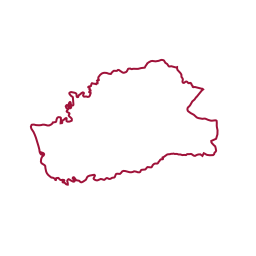 outline of Namacurra, Zambezia, Mozambique, rotated 113°
{"feature_id": "85939544B74893021327700", "entity_name": "Namacurra", "entity_type": "district", "adm_level": 2, "iso_a3": "MOZ", "parent_name": "Mozambique", "parent_adm1": "Zambezia", "projection": "natural_earth1", "projection_center": [37.083, -17.473], "detail": "fine", "context": "isolated", "style": "outline", "palette": "rose", "viewbox_px": 256, "rotation_deg": 113, "n_neighbors": 0, "source": "geoboundaries", "source_scale": "gbopen_adm2", "svg_char_len": 5854}
<svg xmlns="http://www.w3.org/2000/svg" viewBox="0 0 256 256"><g transform="rotate(113 128 128)"><path d="M124.6,48.6L121.6,48.4L121.6,47.5L121.9,45.4L121.8,44.4L121.1,42.0L119.7,39.1L118.5,38.5L117.0,38.7L115.6,38.1L114.8,38.0L114.5,38.0L112.3,39.4L110.8,40.6L110.3,42.2L109.1,44.9L108.4,45.8L107.8,46.1L107.4,46.3L103.5,42.7L98.9,43.2L95.1,44.7L92.5,46.5L91.0,47.3L88.3,48.4L86.8,49.2L86.6,50.0L87.0,51.0L88.5,53.6L88.9,54.8L89.2,57.3L89.2,60.4L89.5,61.4L90.5,63.1L91.4,67.2L91.4,68.9L90.1,72.6L89.8,76.0L89.1,79.1L88.7,79.8L87.8,80.5L86.5,80.9L85.5,80.8L84.6,80.3L82.8,79.7L78.4,79.2L75.8,77.9L73.0,77.3L72.6,77.0L64.9,74.8L63.1,73.9L62.8,74.8L63.0,75.2L64.1,82.4L64.9,83.8L64.9,84.4L64.7,84.7L64.2,84.8L63.1,86.7L62.5,87.0L62.2,87.5L62.1,88.2L62.5,88.9L62.7,89.0L63.0,89.5L63.1,90.0L62.4,91.6L62.4,92.4L62.8,93.0L64.6,94.1L64.8,94.6L64.8,95.1L64.6,95.5L64.0,96.0L61.9,96.5L61.5,96.7L60.8,97.5L60.1,98.7L57.9,99.8L56.9,101.3L55.2,105.1L54.0,106.1L52.8,106.6L53.3,107.2L53.6,107.8L54.2,112.2L55.2,113.9L55.3,114.3L55.0,115.1L53.8,116.9L53.4,119.1L53.1,119.5L52.0,121.0L51.8,121.4L51.8,122.3L52.1,123.5L52.5,124.2L54.2,126.0L55.9,128.7L56.8,131.9L57.5,133.0L59.3,134.5L60.8,135.4L61.2,135.6L61.6,135.5L63.7,136.0L65.9,136.2L67.7,139.3L69.6,141.8L71.6,146.6L72.1,147.1L72.3,147.5L72.5,148.1L72.4,149.0L72.8,150.0L73.2,150.7L73.6,151.0L76.1,151.2L77.0,151.5L77.6,152.0L78.7,153.3L79.0,154.1L79.0,154.9L78.5,157.6L78.2,158.7L78.4,159.8L78.6,160.0L79.8,160.6L80.1,161.3L80.8,163.3L81.3,163.7L82.4,164.2L83.6,164.7L84.6,164.7L85.0,165.0L85.3,166.0L85.6,167.2L85.6,168.4L85.8,169.6L86.4,171.3L87.0,172.3L88.1,173.4L90.0,174.4L92.9,175.1L94.3,174.6L94.7,173.9L95.2,173.7L95.4,174.4L96.3,174.3L96.3,174.9L96.5,175.0L97.4,174.0L98.7,173.5L98.9,173.9L99.0,174.4L99.2,174.5L99.9,174.2L100.1,174.3L100.5,176.9L100.8,177.6L100.8,178.6L101.9,178.9L103.6,178.5L103.8,178.5L104.2,178.9L104.9,180.0L105.2,180.3L105.9,180.6L106.1,180.4L106.3,178.8L106.7,178.6L107.7,178.5L107.7,177.5L108.3,177.0L108.7,177.4L109.4,177.4L110.0,177.8L110.2,177.7L110.4,176.0L112.9,175.8L113.7,175.9L114.3,176.1L115.1,177.1L115.2,177.7L115.3,178.8L116.2,180.4L116.3,181.1L115.7,182.0L114.6,182.2L113.1,182.2L112.8,182.8L112.9,183.5L114.0,184.5L115.2,184.9L116.9,186.0L117.5,186.1L118.9,186.0L119.2,186.3L119.4,186.9L119.0,187.6L116.8,188.8L116.4,189.7L116.4,190.9L117.1,194.3L117.6,195.0L118.4,195.6L118.8,195.6L119.3,195.4L119.9,194.6L120.7,192.9L121.0,191.3L121.2,190.8L127.5,187.5L128.1,187.3L128.6,187.4L129.1,188.0L129.1,189.1L128.9,189.5L128.3,190.0L127.1,190.7L126.8,191.0L126.7,191.5L127.0,191.8L128.1,192.0L129.3,191.9L129.7,191.6L130.1,191.0L131.1,188.5L131.5,188.3L132.4,188.8L132.7,189.5L132.7,189.9L131.5,191.6L130.8,192.3L130.7,192.9L130.8,193.3L131.0,193.5L132.3,193.8L133.6,192.6L133.9,192.0L133.9,190.9L134.2,190.5L136.2,191.0L136.6,191.0L136.8,190.8L137.0,190.4L137.2,188.4L137.4,187.7L137.8,187.4L139.4,187.5L139.8,187.3L140.3,186.5L140.8,184.8L141.3,183.7L141.6,183.3L142.6,182.8L143.3,182.7L144.9,184.3L145.7,185.9L145.8,186.5L145.6,187.3L144.7,187.8L143.3,188.2L143.1,188.3L143.0,188.9L144.2,189.8L145.4,190.2L146.5,191.1L147.5,191.1L148.9,190.6L149.3,190.7L150.0,191.9L149.3,192.2L146.7,192.9L144.9,193.8L144.7,194.3L144.7,194.8L145.2,196.3L145.9,196.9L146.5,197.1L148.1,197.1L149.6,196.7L150.6,196.8L150.9,197.1L152.3,199.4L153.0,199.3L153.6,199.5L154.8,200.1L156.3,201.4L156.9,202.5L157.2,203.4L157.3,204.5L157.7,206.5L158.3,207.9L159.2,209.0L160.2,210.8L161.3,213.9L161.6,215.8L162.3,217.4L162.7,217.9L163.2,218.0L164.8,217.9L166.4,216.7L168.5,213.5L170.6,211.2L173.0,208.9L179.7,203.3L182.3,201.3L184.5,200.0L185.6,198.9L186.0,198.3L186.2,197.9L186.2,196.9L185.4,196.9L184.3,197.7L184.2,196.0L184.7,195.1L185.1,194.9L186.2,194.9L187.7,195.7L188.9,195.9L190.6,195.8L193.1,195.0L194.0,194.1L194.3,193.4L194.8,190.3L195.4,189.3L197.1,188.4L199.7,186.6L200.2,186.2L201.4,184.9L202.4,183.1L203.1,180.9L203.5,179.4L203.5,179.0L203.1,177.8L203.2,176.2L203.5,175.3L204.2,174.6L204.1,174.1L203.7,174.0L203.0,174.6L202.6,174.7L202.1,174.3L201.2,172.8L201.2,172.4L201.9,171.0L202.2,169.9L201.9,169.0L201.1,167.7L200.9,166.4L201.2,166.1L201.4,166.1L202.4,167.2L202.8,167.3L203.3,167.1L203.5,166.6L203.1,165.0L203.9,163.1L203.9,162.0L203.7,161.3L203.2,161.4L201.7,162.3L200.8,163.1L200.2,163.3L199.2,163.2L198.4,162.8L198.3,161.9L198.6,160.4L198.8,157.8L198.7,157.2L198.2,156.5L198.0,156.4L197.5,156.5L196.4,158.5L195.8,159.3L195.1,159.3L194.7,159.0L194.5,158.6L194.7,158.0L196.1,155.6L196.3,155.2L195.7,152.6L195.7,152.2L196.3,150.7L196.3,150.0L196.1,149.5L195.7,149.1L194.8,148.3L192.2,146.6L191.6,146.5L189.3,146.4L188.2,146.0L186.9,144.8L184.8,141.7L184.3,140.8L184.5,140.0L184.6,139.9L185.0,139.8L187.5,140.0L188.0,139.9L188.4,139.4L188.6,138.5L188.6,137.2L188.5,136.6L188.1,135.6L185.6,133.2L185.3,132.0L185.2,130.3L185.0,129.6L184.6,129.3L182.8,128.4L182.4,128.0L182.2,127.3L182.3,125.8L182.1,125.0L181.5,124.2L180.1,123.2L178.9,121.3L178.2,121.0L175.7,121.1L174.9,120.9L174.3,120.1L173.4,117.5L172.2,116.9L170.3,116.4L169.3,115.5L168.7,113.7L168.1,109.4L167.8,108.5L167.4,107.6L166.5,106.3L165.7,105.7L165.4,105.2L165.0,103.5L164.9,101.7L164.4,100.3L163.9,99.8L163.5,99.6L162.2,99.6L161.5,99.4L161.1,99.0L159.5,96.0L158.8,95.6L156.9,95.1L156.3,94.7L155.4,91.8L155.0,91.1L154.6,90.9L152.4,90.7L151.1,90.1L150.3,89.4L149.7,88.3L149.5,87.5L149.0,86.9L148.2,86.6L147.1,86.6L146.4,86.2L144.7,85.9L144.1,85.6L143.4,84.2L143.1,83.8L142.8,83.7L142.5,83.8L142.2,84.5L141.8,84.7L141.6,84.7L140.6,83.7L137.1,81.6L136.5,80.8L135.8,79.3L134.9,78.2L134.3,76.9L133.8,76.2L133.6,74.7L133.0,73.5L132.7,72.6L132.6,71.1L131.9,69.5L131.7,67.4L130.7,65.5L130.3,64.1L130.1,63.9L129.5,63.7L128.9,63.2L128.1,61.3L127.3,60.0L127.2,59.3L127.7,57.0L127.7,56.1L127.4,55.4L127.3,55.2L126.4,54.6L125.4,53.6L124.7,52.6L124.0,51.1L124.6,48.6Z" fill="none" stroke="#9f1239" stroke-width="2"/></g></svg>